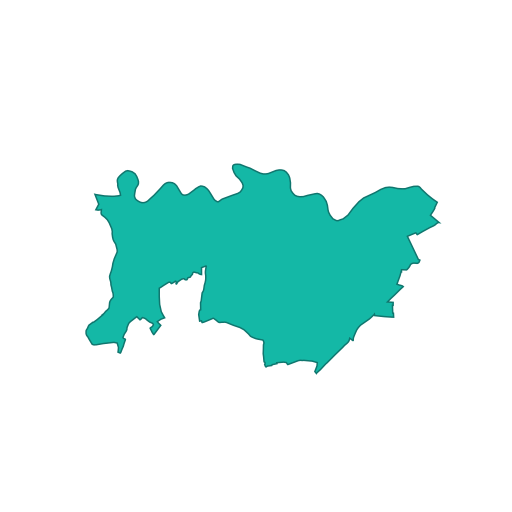 outline of Santana De Mures, Mures, Romania, rotated 245°
{"feature_id": "2599482B40977514976433", "entity_name": "Santana De Mures", "entity_type": "district", "adm_level": 2, "iso_a3": "ROU", "parent_name": "Romania", "parent_adm1": "Mures", "projection": "natural_earth1", "projection_center": [24.57, 46.597], "detail": "fine", "context": "isolated", "style": "filled", "palette": "teal", "viewbox_px": 512, "rotation_deg": 245, "n_neighbors": 0, "source": "geoboundaries", "source_scale": "gbopen_adm2", "svg_char_len": 6117}
<svg xmlns="http://www.w3.org/2000/svg" viewBox="0 0 512 512"><g transform="rotate(245 256 256)"><path d="M370.9,150.8L374.5,144.0L379.2,137.0L379.9,136.1L369.4,135.4L365.6,130.4L364.3,132.3L363.7,134.2L363.5,134.6L363.4,135.5L360.5,133.8L359.5,133.5L358.2,133.7L355.0,135.4L351.7,136.6L348.2,137.0L341.6,136.8L338.9,136.1L336.9,135.0L333.7,134.0L331.2,133.5L329.1,133.5L326.1,133.9L320.3,132.8L318.3,131.9L313.4,126.4L309.8,123.2L307.1,121.4L305.3,120.0L303.3,118.3L301.6,116.6L299.7,114.9L299.0,114.5L297.2,113.9L296.5,113.8L294.0,113.4L293.0,113.1L291.0,112.3L288.7,111.9L284.8,110.9L283.1,110.8L281.7,110.4L280.4,109.9L279.0,109.2L277.8,106.3L276.7,104.6L275.6,103.6L271.5,101.2L271.1,100.9L270.7,100.3L270.2,99.3L269.6,97.5L269.4,96.5L268.1,93.9L267.6,91.8L267.3,92.0L266.8,90.0L265.4,84.9L264.6,80.7L264.7,80.4L264.9,80.1L264.9,79.5L264.5,78.8L264.5,77.9L264.1,76.9L264.2,76.3L264.1,75.8L263.3,74.5L261.5,72.5L260.8,71.3L260.1,70.5L259.0,69.9L257.4,69.2L256.0,69.0L254.5,69.2L253.3,69.5L252.0,69.5L245.3,70.2L244.7,70.7L244.0,71.5L243.1,73.6L241.2,80.6L237.8,90.7L235.8,93.4L231.2,92.7L228.4,91.1L227.2,90.3L225.4,91.9L225.6,92.5L228.2,95.2L230.3,97.6L232.3,99.3L235.4,102.3L236.0,102.3L237.2,101.2L237.8,101.0L238.4,101.0L240.8,103.5L242.6,106.4L243.8,107.8L245.6,108.8L247.3,110.6L248.8,112.3L249.6,114.4L251.4,122.3L247.2,123.9L247.5,125.4L248.0,126.5L248.2,127.0L247.9,127.4L247.0,128.4L245.8,129.4L243.7,130.3L241.1,131.7L238.7,133.8L237.9,134.0L237.2,134.0L236.4,133.2L235.8,131.9L235.6,130.4L235.5,129.8L235.1,129.5L233.0,129.6L230.9,129.6L228.1,130.0L228.0,130.4L233.4,140.4L236.3,139.3L238.2,138.8L238.9,143.0L238.6,147.1L241.8,146.8L245.6,146.6L252.8,148.2L260.2,151.2L267.7,154.7L267.9,156.7L268.4,159.8L269.1,165.7L268.8,166.7L268.2,167.3L267.3,167.4L266.8,167.6L266.7,168.2L266.9,170.6L267.3,172.2L267.1,172.6L266.3,172.7L265.3,172.3L264.7,171.8L264.3,171.9L264.3,172.3L265.6,174.2L266.2,177.4L266.4,178.8L266.0,180.9L265.4,181.5L264.9,181.5L264.3,181.9L263.8,182.9L263.7,183.4L264.0,183.9L265.0,185.0L265.0,185.6L264.7,187.0L264.7,187.7L265.6,188.9L266.2,190.6L267.1,191.2L267.5,191.7L267.6,192.1L267.7,192.7L267.3,193.5L266.1,194.8L265.4,196.0L264.9,196.4L263.9,196.9L262.8,197.9L262.2,198.8L268.5,201.7L268.1,206.4L267.7,206.6L265.5,205.0L263.7,203.8L261.9,202.9L259.3,202.1L256.7,200.9L255.2,200.0L253.3,198.6L251.3,196.8L247.9,194.6L246.5,193.4L245.3,191.6L238.4,187.3L237.1,186.0L230.6,183.1L230.7,182.0L229.6,181.0L227.1,179.3L220.8,177.4L220.3,179.2L218.9,179.0L218.4,179.1L218.1,180.9L218.0,182.8L217.8,187.5L217.7,190.6L217.6,191.0L217.1,191.4L214.7,192.7L212.3,193.8L211.4,194.5L210.9,195.5L210.4,197.1L209.8,198.3L209.3,199.7L208.2,201.2L202.8,206.2L198.0,211.2L194.2,214.0L188.5,216.3L185.6,217.1L184.1,218.2L181.3,220.8L180.0,222.4L177.1,226.5L176.4,226.9L174.3,226.6L173.8,226.5L172.3,225.2L168.6,223.4L164.3,221.2L161.7,220.4L156.7,218.6L155.9,219.1L155.4,219.0L154.3,218.5L154.0,218.0L152.0,217.9L151.2,218.2L151.4,219.8L150.1,224.0L150.7,224.8L150.2,226.8L149.6,229.5L150.5,229.7L148.2,236.1L146.6,238.5L144.3,238.8L144.1,239.4L143.3,250.0L142.8,252.0L141.7,253.9L141.3,255.1L137.0,262.5L133.5,266.5L130.7,264.9L129.1,263.3L126.4,260.5L124.0,261.1L124.3,261.5L125.9,266.6L128.7,273.5L129.2,275.3L133.1,285.9L136.5,295.8L137.6,298.5L138.4,301.5L139.1,303.3L139.8,304.4L140.9,305.4L141.9,306.2L138.5,308.0L138.4,308.4L140.4,309.5L141.4,310.4L144.0,313.2L146.5,316.1L147.9,318.5L149.1,321.3L149.3,322.3L149.7,324.6L151.0,332.1L151.8,334.7L153.0,338.3L153.2,338.7L151.9,338.3L146.9,346.6L143.2,353.3L142.4,354.9L146.1,356.4L146.5,355.8L153.6,358.8L153.3,359.4L156.0,360.7L158.8,355.7L160.5,360.2L162.1,365.1L164.9,372.9L166.0,376.5L166.9,376.1L168.4,374.6L168.6,374.1L170.9,371.8L177.2,378.1L180.5,380.9L180.2,381.2L182.1,382.1L180.7,384.8L179.9,386.3L179.8,386.7L180.0,387.5L181.0,389.7L181.8,391.0L182.8,392.2L183.1,392.9L183.3,394.0L183.0,395.7L182.1,397.5L181.3,398.8L181.1,399.5L181.2,400.5L181.5,401.2L183.0,402.8L184.3,401.7L209.9,401.5L209.5,410.1L209.4,410.6L209.1,410.8L207.7,411.0L207.3,411.1L207.2,411.2L207.8,417.7L208.3,425.4L208.3,427.0L208.3,429.6L208.4,430.5L208.5,431.4L209.1,433.4L209.3,434.8L209.2,435.6L208.9,436.1L219.2,431.3L221.5,435.1L222.8,437.0L223.7,438.2L224.3,438.4L228.1,443.0L233.3,440.0L239.0,437.2L246.9,434.1L248.6,433.7L250.0,433.0L250.8,432.2L252.4,428.5L253.2,424.5L253.9,419.6L255.2,416.7L257.2,413.0L260.5,408.6L262.1,405.8L263.3,402.2L263.6,397.2L263.1,390.9L263.1,378.1L261.7,372.3L258.2,364.1L254.2,356.7L252.8,350.6L253.2,347.7L253.3,345.3L254.2,343.7L257.2,341.4L261.6,340.4L265.1,340.3L267.2,340.7L271.7,342.1L275.8,342.7L279.1,342.3L281.0,342.0L283.4,341.0L285.4,339.6L286.8,337.9L287.5,335.5L289.1,328.4L289.8,324.0L291.2,320.7L292.8,318.4L294.7,316.8L297.4,315.9L300.3,315.4L302.6,315.8L303.7,316.2L307.8,318.2L312.0,319.4L313.1,319.6L315.8,319.7L319.2,318.9L321.5,317.6L323.1,315.6L324.2,313.4L325.0,310.3L325.5,302.0L326.1,299.9L327.2,297.4L329.2,294.9L333.1,291.6L338.1,287.7L340.7,285.0L345.8,280.2L347.1,277.8L347.9,275.7L348.0,274.1L347.4,273.0L345.3,271.8L340.9,271.4L337.1,271.8L332.6,273.6L328.1,274.4L325.3,274.1L323.4,273.0L321.9,271.0L320.7,268.8L320.4,266.1L321.0,260.3L321.8,250.3L321.8,248.7L321.2,246.0L321.1,244.5L321.7,243.7L323.7,242.4L325.3,241.9L331.6,241.2L335.4,240.7L337.9,239.9L340.4,238.6L341.9,236.9L342.8,235.5L342.9,233.4L342.7,231.6L342.5,229.6L342.1,228.5L340.6,221.3L340.6,219.9L340.9,218.1L341.5,216.6L342.3,215.6L343.4,214.9L344.7,214.6L346.6,214.4L353.3,213.7L355.9,212.7L357.7,211.2L358.9,209.4L359.7,207.7L360.0,206.3L360.0,204.3L359.4,202.1L357.4,197.5L354.1,189.2L352.8,184.8L351.5,180.9L351.4,178.6L351.7,177.0L352.5,175.2L353.8,173.7L355.1,172.7L357.2,171.4L358.6,170.9L359.9,170.9L361.0,171.0L362.0,171.3L364.1,172.6L367.5,175.0L368.7,176.5L370.1,178.8L371.1,179.9L373.0,180.9L375.2,181.3L378.5,181.5L381.7,181.1L384.7,179.3L386.3,177.5L387.6,175.7L388.0,173.7L387.2,169.7L386.3,166.8L385.2,164.3L384.3,163.2L383.4,162.4L381.7,161.7L379.6,161.2L378.7,160.6L376.5,160.0L370.8,159.6L368.3,158.9L368.6,157.0L370.0,152.9L370.9,150.8Z" fill="#14b8a6" stroke="#0f766e" stroke-width="1.5"/></g></svg>